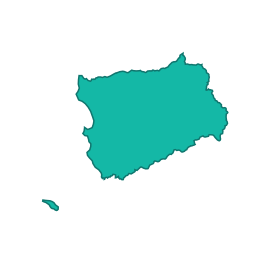 outline of Ponce, Puerto Rico, rotated 76°
{"feature_id": "32010507B29369551718499", "entity_name": "Ponce", "entity_type": "district", "adm_level": 2, "iso_a3": "PRI", "parent_name": "Puerto Rico", "parent_adm1": "", "projection": "orthographic", "projection_center": [-66.606, 18.028], "detail": "fine", "context": "isolated", "style": "filled", "palette": "teal", "viewbox_px": 256, "rotation_deg": 76, "n_neighbors": 0, "source": "geoboundaries", "source_scale": "gbopen_adm2", "svg_char_len": 3861}
<svg xmlns="http://www.w3.org/2000/svg" viewBox="0 0 256 256"><g transform="rotate(76 128 128)"><path d="M84.3,41.0L84.3,42.4L82.8,44.6L83.1,45.9L83.4,46.6L82.4,49.8L81.9,50.6L81.5,52.9L80.3,54.9L80.0,56.9L78.3,56.8L77.3,57.2L75.0,55.7L73.8,55.6L71.5,56.3L70.9,57.1L68.7,56.5L70.0,59.9L72.2,60.8L72.4,61.9L75.0,64.8L75.1,66.8L74.8,67.3L75.0,69.4L76.9,72.6L78.5,74.6L78.8,76.7L79.2,77.8L78.5,79.2L78.4,81.4L80.1,84.2L79.2,85.5L79.0,88.3L78.1,89.2L77.8,90.2L78.4,90.9L77.7,93.7L77.5,95.3L78.4,96.9L78.3,97.8L77.4,98.9L76.4,101.2L75.1,102.1L75.2,103.1L74.6,106.3L73.7,108.9L72.8,110.4L74.3,114.4L74.1,115.2L74.0,115.6L72.4,117.8L71.7,119.3L71.4,122.2L71.7,124.9L72.0,126.2L71.8,126.5L71.7,126.5L72.0,128.0L73.3,132.6L73.7,135.6L73.7,136.1L72.5,138.0L72.8,140.6L71.9,142.2L71.3,144.7L71.8,145.7L71.6,146.9L72.8,148.4L72.2,149.4L72.5,150.1L72.0,150.9L71.9,151.0L71.8,151.4L72.6,152.0L73.1,152.2L73.5,153.2L72.1,155.4L70.0,156.4L70.2,157.7L69.2,158.9L66.0,160.1L65.3,162.8L69.1,164.3L73.4,165.6L74.6,165.6L76.3,165.6L77.5,165.6L80.2,167.5L80.4,167.6L82.6,170.1L86.7,169.4L88.0,169.2L88.9,169.0L89.3,168.5L89.9,167.6L90.5,166.7L91.0,166.0L94.1,163.5L98.1,161.6L102.8,160.2L105.8,159.9L106.9,159.8L108.6,159.6L111.6,159.4L112.7,159.3L115.1,160.3L116.0,160.7L119.0,162.7L119.5,165.7L119.6,166.0L119.6,167.6L119.4,167.8L116.9,170.0L117.3,170.1L119.6,171.0L120.0,171.2L120.5,171.4L121.6,172.3L122.4,173.1L124.6,171.9L124.9,171.7L125.9,169.4L126.0,169.2L126.4,169.2L129.3,169.0L130.6,169.1L131.0,169.1L131.9,169.2L132.5,168.8L134.4,167.9L136.9,168.6L137.9,169.2L140.0,170.4L141.8,173.7L144.8,173.9L147.5,172.7L148.2,172.3L151.2,170.6L154.0,170.6L158.1,169.3L158.5,169.0L161.4,166.5L164.9,164.9L167.1,164.8L169.1,165.6L170.6,165.1L170.1,164.5L171.1,163.4L172.1,163.6L172.0,163.0L170.7,162.2L170.7,160.4L171.6,160.0L170.9,158.6L171.2,157.1L170.3,156.5L170.6,155.5L170.1,154.3L169.4,154.0L169.5,153.1L170.5,151.4L173.3,152.3L173.4,151.4L172.9,150.0L173.4,149.6L172.9,149.0L174.5,148.9L175.6,148.2L175.4,147.4L176.7,146.4L176.9,145.1L175.3,144.2L175.0,143.3L174.9,143.2L173.8,141.5L173.8,139.8L172.4,138.2L173.3,135.9L172.1,132.1L171.6,131.5L171.1,131.5L170.1,131.4L171.3,129.5L169.0,125.4L169.1,124.4L170.8,122.5L171.9,120.7L172.1,119.6L172.3,118.6L172.1,118.2L169.3,115.9L168.6,112.1L167.8,111.3L166.8,110.8L166.5,109.9L168.0,107.1L167.8,105.7L166.5,103.8L166.4,101.4L167.1,99.5L166.6,98.4L164.8,96.6L163.7,94.4L163.6,93.4L164.1,92.5L163.0,90.4L160.3,88.5L160.5,87.1L161.6,86.1L161.6,84.4L162.3,83.0L164.1,81.9L164.5,80.8L164.2,78.8L163.4,77.6L163.3,76.3L162.1,75.3L161.1,73.9L160.9,72.3L160.4,71.6L160.8,70.6L160.5,68.6L160.6,68.3L160.2,66.8L158.6,67.3L158.0,67.0L156.3,67.1L155.8,65.3L156.2,64.5L156.0,61.7L154.3,60.3L153.8,57.1L154.7,56.6L155.4,55.5L155.5,51.9L154.3,51.1L154.3,50.3L155.1,47.7L155.9,46.7L158.4,45.7L161.1,44.2L162.1,43.2L162.5,42.3L162.1,41.5L161.1,40.9L158.8,40.7L157.4,40.3L156.4,39.4L156.3,37.6L154.3,36.8L152.9,36.8L152.0,34.5L150.2,33.4L149.3,33.3L149.2,31.8L147.5,30.3L145.6,30.3L144.0,30.9L143.7,30.5L141.1,30.2L138.3,29.3L137.3,27.5L136.3,27.6L136.2,27.6L135.3,28.5L134.3,28.6L133.4,28.1L132.4,28.3L131.7,29.1L131.5,30.9L129.9,32.3L128.0,31.7L125.6,33.1L125.0,34.6L123.2,35.2L122.4,36.6L120.7,36.7L119.5,37.5L116.9,37.5L115.0,38.4L113.8,38.1L113.0,37.0L111.9,37.0L110.8,38.9L110.7,39.6L109.6,40.6L110.2,41.2L110.3,42.7L109.9,43.1L108.0,42.1L106.7,41.8L105.2,40.7L105.1,39.9L103.8,39.5L103.1,40.1L102.4,38.3L100.3,37.9L98.2,36.8L97.4,37.0L95.7,36.6L94.8,37.0L93.4,38.4L91.0,38.2L89.3,39.2L88.4,40.5L84.9,41.4L84.3,41.0ZM177.3,228.0L178.4,228.5L179.3,227.4L180.4,225.7L182.3,224.0L183.7,222.9L184.9,222.7L186.6,222.1L187.8,221.1L188.4,219.6L189.9,218.5L190.7,217.3L190.6,216.4L189.9,215.4L187.7,214.8L185.0,217.0L184.7,217.1L182.6,217.9L181.1,219.3L179.8,221.2L178.3,225.5L177.3,228.0Z" fill="#14b8a6" stroke="#0f766e" stroke-width="1.5"/></g></svg>